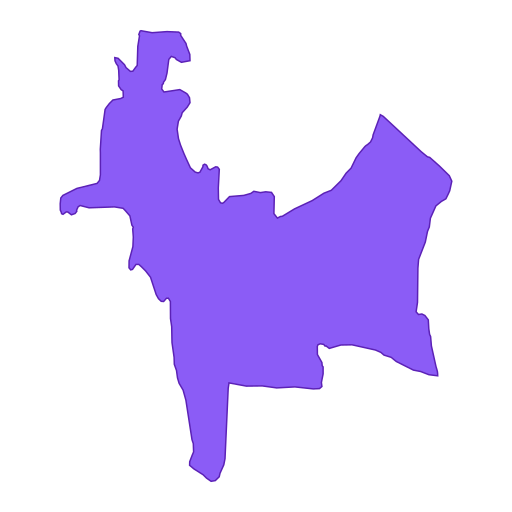 Casillas, Santa Rosa, Guatemala (Equal Earth projection)
{"feature_id": "79465075B57906860405823", "entity_name": "Casillas", "entity_type": "district", "adm_level": 2, "iso_a3": "GTM", "parent_name": "Guatemala", "parent_adm1": "Santa Rosa", "projection": "equal_earth", "projection_center": [-90.184, 14.388], "detail": "fine", "context": "isolated", "style": "filled", "palette": "violet", "viewbox_px": 512, "rotation_deg": 0, "n_neighbors": 0, "source": "geoboundaries", "source_scale": "gbopen_adm2", "svg_char_len": 3111}
<svg xmlns="http://www.w3.org/2000/svg" viewBox="0 0 512 512"><path d="M180.7,33.6L178.7,32.1L167.0,31.6L152.1,32.7L141.0,30.7L140.1,31.1L138.8,34.5L139.5,35.8L137.8,46.4L137.2,65.5L135.8,67.1L132.8,71.2L130.4,71.4L126.0,67.6L124.5,64.7L118.1,58.3L114.8,57.6L115.0,60.8L116.3,63.7L118.0,66.0L118.7,70.3L119.1,79.8L118.5,80.8L118.6,85.9L121.2,89.7L123.1,90.9L123.3,97.2L120.8,98.5L112.9,100.0L109.4,103.5L106.3,107.5L105.1,109.4L102.4,128.9L101.5,130.4L100.3,149.3L100.4,152.9L100.4,174.9L99.5,180.4L97.1,183.4L76.9,188.4L62.9,195.4L60.8,198.0L60.2,203.7L60.3,210.1L61.2,212.1L61.6,213.7L63.0,214.3L66.3,211.9L67.8,212.0L71.4,214.8L75.1,213.5L76.8,211.3L76.6,210.1L78.1,206.8L80.1,205.5L89.1,207.8L114.5,206.9L123.1,208.3L125.4,210.7L129.9,215.9L131.9,225.2L133.3,227.2L132.7,228.9L133.3,237.1L132.9,246.6L129.1,260.8L129.0,267.8L130.7,269.9L132.5,269.4L136.0,264.4L138.8,264.4L141.4,266.7L145.5,270.8L150.5,277.2L156.2,294.6L158.5,298.7L161.2,301.3L163.6,301.5L164.7,300.3L166.4,298.3L168.4,298.2L170.4,301.5L170.5,318.6L171.7,326.7L172.0,342.6L174.1,357.4L174.3,364.3L176.5,370.5L177.5,377.9L179.1,383.3L183.1,390.1L185.9,400.2L192.0,439.7L193.3,443.6L193.6,451.9L192.2,455.2L189.7,461.7L189.6,465.3L193.9,468.9L203.2,474.8L206.5,478.1L211.1,481.3L215.3,480.6L219.2,476.8L220.0,473.3L223.8,464.8L225.0,458.7L228.2,388.3L229.0,382.9L246.3,386.1L262.2,385.9L276.7,387.9L294.9,386.9L313.2,388.9L319.5,388.6L321.9,386.5L321.4,382.5L323.1,373.9L323.1,366.9L322.2,365.7L321.9,362.5L317.4,354.5L317.3,346.4L318.0,344.7L320.3,343.8L323.7,344.4L325.1,346.1L326.0,345.9L329.3,348.4L340.9,345.0L352.0,344.8L375.4,350.0L380.9,352.4L384.0,355.1L391.1,357.3L396.3,361.5L413.4,370.1L420.6,371.5L428.9,374.7L437.7,375.8L437.6,373.3L437.4,371.6L436.9,369.6L436.0,366.6L431.4,345.9L430.6,336.5L429.6,334.4L428.8,328.8L428.3,319.9L424.9,315.5L421.9,314.0L418.5,314.5L416.1,311.8L417.5,302.4L417.9,268.2L418.6,259.4L425.3,242.1L427.5,231.4L429.3,227.0L430.4,218.2L435.9,205.9L441.4,201.4L445.9,198.8L448.3,193.9L449.7,190.8L451.8,181.2L449.3,175.7L439.4,166.0L429.7,157.4L427.4,156.8L421.2,151.7L383.3,116.4L380.3,114.7L380.0,116.1L373.1,134.9L372.6,137.8L370.5,142.0L367.4,144.7L366.5,145.2L365.4,146.1L364.7,146.8L359.0,153.7L356.1,157.8L351.1,168.1L346.1,173.2L341.0,180.7L331.3,190.3L323.9,193.2L312.2,200.6L294.5,208.9L282.3,216.3L280.4,216.5L277.4,218.1L273.9,213.6L274.3,196.6L271.5,192.4L265.7,191.8L260.4,192.6L253.8,191.3L250.9,193.4L243.8,195.4L229.5,196.6L223.8,202.5L222.4,203.3L220.5,202.8L218.5,199.4L218.3,187.9L219.3,169.3L217.6,167.1L215.7,166.8L210.1,169.8L208.0,168.7L207.6,167.4L206.7,165.5L205.9,164.7L204.5,164.2L203.0,165.2L202.9,166.8L199.9,172.2L198.0,172.9L195.2,172.1L190.4,167.8L186.5,159.4L183.9,153.5L180.5,145.0L178.5,138.7L177.1,129.2L178.4,121.2L181.3,116.0L182.2,112.7L187.2,107.2L190.0,102.7L189.5,97.7L187.4,94.2L185.8,93.0L179.8,89.6L164.0,92.0L161.7,89.0L162.2,84.6L163.3,83.7L163.5,82.2L165.4,79.6L167.0,73.1L168.8,59.4L171.3,56.4L175.0,57.7L176.4,59.5L181.4,62.3L190.0,60.7L189.8,54.4L186.6,46.0L186.0,43.5L180.7,35.4L180.7,33.6Z" fill="#8b5cf6" stroke="#5b21b6" stroke-width="1.5"/></svg>